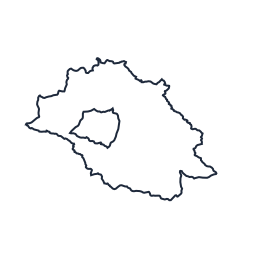 Rapale, Nampula, Mozambique, rotated 198°
{"feature_id": "85939544B86182788788384", "entity_name": "Rapale", "entity_type": "district", "adm_level": 2, "iso_a3": "MOZ", "parent_name": "Mozambique", "parent_adm1": "Nampula", "projection": "orthographic", "projection_center": [39.169, -15.142], "detail": "fine", "context": "isolated", "style": "outline", "palette": "slate", "viewbox_px": 256, "rotation_deg": 198, "n_neighbors": 0, "source": "geoboundaries", "source_scale": "gbopen_adm2", "svg_char_len": 5878}
<svg xmlns="http://www.w3.org/2000/svg" viewBox="0 0 256 256"><g transform="rotate(198 128 128)"><path d="M226.1,99.9L225.8,100.0L225.6,99.7L225.1,99.7L224.9,99.3L224.6,99.2L223.8,99.2L222.0,97.8L220.6,97.5L220.0,97.7L219.8,98.1L219.0,98.2L217.0,97.6L212.2,97.9L211.3,97.2L209.1,97.7L206.7,98.7L204.9,99.1L204.7,100.3L203.9,100.3L203.4,100.0L201.5,100.1L201.2,99.5L200.3,99.1L199.1,99.2L196.8,99.8L195.9,99.8L194.9,100.3L194.3,100.3L193.5,100.1L192.3,99.2L191.2,99.1L190.1,99.5L189.1,99.5L185.2,98.0L184.4,98.7L182.7,98.7L180.6,97.8L179.7,97.8L177.1,96.3L175.0,96.2L174.6,96.4L174.1,95.8L174.2,95.4L174.7,94.8L174.7,93.9L174.4,93.4L173.9,93.3L174.2,91.1L173.9,90.6L172.0,90.1L171.7,89.6L171.7,88.9L171.4,88.6L170.5,88.8L169.0,88.0L167.7,88.3L166.4,88.1L165.5,88.4L164.2,87.9L163.1,88.0L162.8,87.7L162.7,86.4L162.5,86.1L161.1,85.5L157.9,81.7L157.3,80.4L156.1,79.5L156.1,78.0L155.9,77.6L154.1,76.8L153.0,76.9L151.0,77.6L150.3,77.5L149.3,76.8L149.4,73.6L148.5,71.7L145.7,73.7L143.4,74.8L142.6,75.6L141.9,75.1L139.4,75.3L138.8,74.9L137.7,73.8L137.3,71.7L135.1,70.0L133.4,68.0L133.0,68.2L131.2,68.2L130.4,68.9L130.1,68.9L128.7,67.8L127.6,67.7L127.2,67.0L126.3,66.9L123.8,65.7L122.2,65.6L120.9,66.4L119.2,69.1L117.8,71.0L116.3,71.6L112.6,71.5L110.9,72.1L110.2,71.5L109.4,71.2L107.3,71.1L106.1,70.0L105.3,69.6L104.4,69.4L102.8,69.7L100.9,70.7L97.4,71.6L95.4,71.7L93.7,71.3L92.6,71.4L88.5,73.7L88.1,73.6L86.9,72.5L86.0,71.1L85.2,70.8L84.3,70.9L83.1,71.6L81.5,71.9L77.4,73.3L76.5,73.1L75.1,71.5L74.5,71.2L71.0,71.4L70.1,71.9L69.6,72.4L68.2,72.8L66.4,72.1L65.0,72.6L62.2,78.5L61.3,78.9L60.0,78.0L59.6,78.1L57.4,81.6L57.1,82.6L57.2,83.4L57.8,84.7L57.8,87.0L59.4,88.6L61.5,92.7L62.6,96.6L62.6,99.0L63.2,100.0L64.9,101.8L65.2,103.1L64.9,103.4L63.5,103.6L62.8,102.8L61.6,102.0L57.6,100.4L56.2,100.6L54.4,100.4L52.2,101.3L51.0,101.2L49.5,100.4L49.1,100.8L45.4,103.2L41.5,103.9L37.4,105.1L35.9,106.3L34.3,108.5L32.0,110.4L30.1,111.4L29.9,112.2L30.8,113.1L33.3,113.7L34.0,114.4L34.5,115.3L36.0,116.2L38.1,116.7L39.9,116.2L41.3,116.1L43.1,116.6L44.1,117.5L47.0,118.7L47.5,119.3L48.6,119.8L49.3,121.8L51.7,121.9L54.0,122.6L55.5,122.6L56.2,122.9L56.4,123.7L56.1,124.3L56.2,125.1L57.1,125.7L57.9,127.1L59.0,127.8L59.2,128.3L59.2,128.6L58.4,129.1L57.8,129.8L57.6,130.4L57.6,131.6L56.7,133.2L52.8,135.7L53.2,136.3L53.3,137.4L54.2,138.7L54.8,139.0L54.8,139.5L54.4,139.9L54.4,141.0L55.8,141.8L55.8,142.2L55.3,143.1L55.4,145.9L56.4,146.1L57.7,147.0L59.4,147.7L61.3,147.3L63.3,148.1L64.2,147.9L66.1,146.8L67.4,146.8L67.9,147.2L67.9,148.6L68.2,149.4L69.0,150.6L70.2,150.9L70.6,151.8L71.7,151.8L72.0,151.5L73.2,151.7L74.0,152.3L73.7,152.8L73.8,153.4L74.6,153.7L76.2,153.7L76.8,153.3L77.4,153.5L78.8,154.2L79.1,155.7L80.3,156.7L81.1,156.7L83.2,158.1L84.9,158.3L86.1,158.1L87.8,158.5L89.4,158.4L90.0,158.8L90.1,159.3L91.0,159.6L92.8,159.8L92.8,160.3L92.5,160.9L93.1,161.5L93.3,162.3L94.4,162.5L94.5,163.0L94.8,163.2L96.6,163.4L96.7,163.6L96.4,164.2L97.1,165.1L99.3,165.9L99.6,167.0L100.7,167.3L102.3,169.1L103.1,169.1L104.9,169.8L104.9,170.2L103.1,172.1L103.1,172.7L104.3,174.2L104.3,174.5L103.7,174.8L102.9,175.7L101.5,178.2L101.6,180.1L101.9,180.8L102.8,180.7L104.5,180.2L105.4,180.4L107.0,180.4L107.1,180.7L106.4,181.3L106.3,181.7L107.4,183.2L108.7,184.1L110.2,184.2L110.9,184.8L112.6,181.3L113.8,180.0L114.4,178.4L116.4,178.1L117.7,178.1L120.9,179.2L123.0,178.8L124.9,177.7L126.0,177.4L127.7,176.2L129.2,175.8L129.7,177.2L130.2,177.5L130.7,177.2L131.1,176.4L132.7,177.0L136.1,177.3L136.3,177.8L136.1,179.2L138.6,179.5L141.7,181.4L142.3,182.2L144.7,183.0L145.7,184.2L147.2,185.0L149.5,185.7L150.9,186.7L151.2,187.5L151.0,188.0L150.2,188.6L150.3,190.1L151.1,190.1L152.5,190.4L153.7,189.6L154.8,189.1L155.3,188.3L156.1,188.0L156.5,187.3L160.9,185.2L161.7,185.2L162.8,186.4L163.4,186.5L164.9,186.3L166.2,185.9L168.5,186.3L169.0,186.0L169.4,185.2L170.3,182.3L172.1,181.9L174.2,181.9L175.3,183.8L175.8,184.3L177.7,185.0L178.8,184.9L179.0,184.6L179.1,183.8L177.6,183.2L177.0,182.7L176.1,180.8L175.7,179.0L176.3,178.0L177.4,177.9L178.6,177.4L179.8,176.3L180.3,174.2L179.9,172.9L179.2,171.9L180.9,171.0L181.8,170.2L182.9,168.0L184.1,167.6L185.1,167.7L185.5,168.2L186.1,169.6L186.9,170.1L187.9,171.1L189.2,171.5L190.7,170.9L191.6,170.3L193.6,167.1L194.7,166.4L195.9,166.1L197.8,166.1L200.5,166.9L201.6,166.1L202.6,164.3L202.9,163.3L202.4,161.4L201.8,160.8L202.1,160.2L202.2,159.1L201.3,157.7L200.4,157.3L200.3,157.0L200.3,156.1L200.8,155.2L200.9,154.0L200.8,152.6L199.7,150.5L200.1,146.2L199.8,143.9L199.9,143.1L201.7,142.5L205.0,142.2L205.4,141.4L205.2,138.9L205.6,137.8L209.1,136.1L210.8,134.6L213.0,133.5L215.3,132.0L216.6,130.8L218.1,130.5L218.7,130.8L220.7,131.0L221.8,131.7L222.4,131.1L222.8,129.2L222.1,126.9L222.3,125.1L221.8,122.5L221.1,121.5L219.1,119.4L218.5,118.5L217.8,114.8L217.1,113.1L216.1,111.7L216.0,111.0L216.2,110.6L217.0,110.1L217.9,109.1L221.3,103.7L222.2,102.8L223.6,101.9L225.6,101.2L226.0,100.7L226.1,99.9ZM136.9,116.1L137.3,112.0L138.2,110.4L139.6,109.0L139.9,108.1L139.8,105.8L140.1,104.6L141.4,102.8L142.3,103.6L143.2,103.8L144.7,103.8L146.0,104.6L148.8,104.3L148.9,104.7L148.7,105.3L149.4,105.8L152.5,103.8L154.5,103.3L155.1,103.5L156.4,104.7L158.1,104.6L159.3,104.0L160.2,103.9L161.2,104.3L162.0,105.5L162.5,105.9L164.6,106.5L164.8,106.3L165.0,105.7L165.6,105.3L167.5,105.1L169.4,104.4L170.8,104.2L173.9,104.6L176.1,106.1L178.3,106.1L180.6,105.3L181.6,105.3L180.8,107.7L178.1,112.6L176.3,114.5L175.8,115.9L175.6,120.4L174.2,123.0L174.3,124.4L175.4,127.9L175.3,129.7L171.2,131.3L168.5,133.0L166.1,135.6L163.6,134.7L161.9,134.4L160.0,135.0L158.9,134.6L158.1,134.7L156.6,135.8L155.0,136.1L152.3,138.4L151.4,138.9L151.0,138.8L150.6,139.5L149.8,139.7L149.5,140.8L149.0,141.0L148.6,141.8L147.6,140.4L147.5,138.8L147.1,138.0L146.4,137.8L143.5,138.1L142.7,137.9L141.4,136.7L140.2,134.1L138.3,132.0L136.9,124.0L137.2,119.2L136.9,116.1Z" fill="none" stroke="#1e293b" stroke-width="2"/></g></svg>